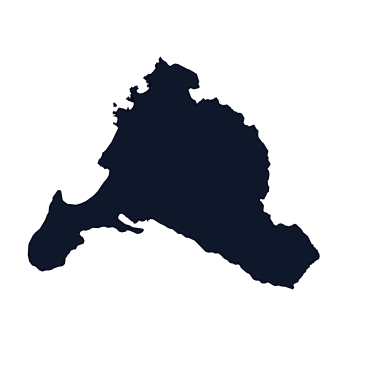 the district of Banyuwangi, Jawa Timur, Indonesia, rotated 107°
{"feature_id": "22746128B51270543903443", "entity_name": "Banyuwangi", "entity_type": "district", "adm_level": 2, "iso_a3": "IDN", "parent_name": "Indonesia", "parent_adm1": "Jawa Timur", "projection": "mercator", "projection_center": [114.187, -8.333], "detail": "fine", "context": "isolated", "style": "filled", "palette": "ink", "viewbox_px": 384, "rotation_deg": 107, "n_neighbors": 0, "source": "geoboundaries", "source_scale": "gbopen_adm2", "svg_char_len": 6053}
<svg xmlns="http://www.w3.org/2000/svg" viewBox="0 0 384 384"><g transform="rotate(107 192 192)"><path d="M254.9,67.5L253.6,67.1L252.0,68.3L251.8,68.0L251.9,68.7L251.5,68.9L249.5,68.0L246.5,64.7L244.5,64.8L240.9,62.9L239.3,62.7L239.1,62.2L236.8,62.0L235.7,60.9L234.3,60.4L232.5,60.6L231.4,59.7L230.3,59.9L230.3,59.1L229.1,58.2L228.8,58.7L226.7,58.5L225.8,56.9L223.8,56.1L223.8,55.4L222.0,54.8L218.6,51.7L216.3,51.8L214.4,52.8L212.9,54.5L211.3,55.5L211.2,56.6L209.8,58.4L209.8,59.3L209.1,60.3L207.6,61.0L207.6,62.5L200.9,68.7L198.6,74.4L197.0,75.8L194.9,79.1L194.3,81.2L193.3,82.3L193.1,84.4L195.6,86.7L197.4,89.6L197.2,91.5L197.5,92.0L198.1,91.9L197.2,93.8L196.6,97.4L197.6,99.3L200.0,100.8L200.6,101.9L199.9,103.1L200.0,104.8L198.4,105.9L195.2,109.7L192.7,110.8L192.3,110.4L191.6,110.7L191.7,112.5L190.9,113.7L190.6,115.9L190.9,116.7L189.9,118.8L184.2,120.0L181.8,122.9L180.7,125.5L178.2,125.3L177.5,123.6L177.9,122.7L177.1,121.3L176.3,121.5L173.5,120.7L170.9,120.6L168.9,119.3L166.5,120.0L165.5,119.9L163.4,122.0L159.6,123.5L158.7,123.6L157.4,123.0L151.9,124.0L149.5,125.5L148.7,127.0L147.9,127.4L143.5,125.8L142.2,126.0L139.9,128.8L139.1,129.3L137.1,129.4L135.4,131.3L130.9,131.6L124.8,138.5L124.7,139.5L120.7,144.9L117.5,146.4L114.4,147.0L112.9,149.9L110.3,152.3L113.6,156.7L112.7,158.3L113.1,160.4L112.4,162.3L110.6,163.9L108.5,163.8L106.2,164.2L103.1,167.6L103.0,169.5L104.0,170.3L103.6,170.7L104.0,171.1L103.4,172.0L103.0,173.9L103.1,175.8L101.8,177.3L101.5,179.3L100.5,179.8L98.8,184.2L99.8,184.9L99.9,186.6L101.3,187.9L100.4,189.0L100.9,190.3L100.2,190.8L99.9,192.4L96.7,194.2L95.3,196.3L96.1,196.6L96.0,197.3L97.4,196.7L97.7,197.5L97.4,198.3L98.4,198.5L99.1,199.6L98.3,200.0L99.5,201.5L99.2,203.6L100.0,205.2L100.9,205.2L101.1,205.7L100.9,206.7L99.8,208.1L101.9,209.5L102.7,209.5L103.6,210.8L106.2,212.2L107.1,213.5L104.1,215.8L103.7,218.5L102.4,220.9L95.6,226.1L94.1,225.5L92.2,223.8L92.6,220.5L90.7,217.2L89.5,216.1L86.9,218.4L84.7,218.0L78.4,222.3L76.4,230.1L76.4,232.5L74.5,242.6L74.8,245.4L76.1,247.1L78.6,249.2L78.5,250.5L77.9,252.5L76.1,254.6L75.0,258.7L72.9,261.5L74.0,261.8L74.8,261.4L75.0,261.8L77.9,260.1L79.3,263.2L80.1,263.0L81.3,263.8L83.0,263.2L83.6,262.2L84.9,262.4L90.5,264.7L92.5,266.5L92.4,267.9L93.6,268.2L93.9,268.8L94.7,268.4L95.2,269.5L96.9,268.7L97.9,269.1L98.0,267.6L100.0,267.3L100.5,266.0L99.7,264.7L100.4,264.3L100.3,263.5L101.6,263.6L102.4,265.1L103.4,265.5L104.1,264.9L103.2,263.6L103.6,263.1L105.3,262.6L106.7,262.9L110.8,265.5L110.9,266.4L111.6,266.6L112.6,267.9L113.8,270.7L113.7,272.5L112.8,274.7L110.5,275.5L108.7,274.2L108.3,275.1L107.1,275.7L108.0,277.1L110.1,278.5L110.0,280.1L110.5,280.0L111.5,281.1L112.2,281.0L112.6,280.2L113.9,280.0L114.9,278.0L116.1,278.1L116.6,278.7L117.9,278.3L118.7,277.2L119.2,277.9L119.8,277.7L120.1,276.3L119.8,276.0L120.3,275.5L121.3,275.9L121.1,276.7L121.9,277.5L121.8,278.3L121.2,278.7L122.3,279.0L122.0,278.4L122.6,278.2L122.2,277.3L122.9,276.6L122.8,274.8L122.3,273.8L125.1,272.5L128.2,272.7L131.3,274.0L132.4,275.6L133.3,279.2L132.8,282.3L133.3,282.9L133.2,285.3L133.9,285.5L133.6,286.2L138.3,287.5L138.2,290.1L138.8,290.4L139.6,290.2L139.8,289.7L139.0,287.7L140.7,287.0L141.5,287.7L141.2,286.4L141.8,286.0L142.0,284.1L143.1,284.3L143.8,283.6L147.8,283.6L149.7,285.0L150.2,283.6L149.9,282.3L150.9,282.1L150.6,281.6L151.1,280.9L152.9,280.6L167.8,282.9L177.2,286.0L180.3,287.8L180.6,288.4L183.5,288.1L186.4,288.6L188.5,289.9L191.9,290.0L192.9,287.2L193.5,286.9L193.1,285.9L193.9,283.9L193.6,283.2L194.8,282.2L193.4,279.6L194.4,278.0L194.2,277.3L195.9,276.4L200.1,275.8L203.9,276.5L209.6,278.9L219.1,281.8L224.5,284.5L232.2,290.2L235.6,294.1L238.2,297.9L239.2,300.2L239.2,301.9L239.8,302.8L239.6,304.1L240.5,306.7L240.2,308.8L238.6,313.0L237.2,314.3L229.8,318.0L229.6,319.4L230.5,320.5L238.1,323.0L238.6,322.6L241.7,322.4L244.6,323.5L247.8,323.7L253.3,322.5L256.5,323.3L261.7,323.6L271.7,326.1L276.8,329.3L280.1,330.8L288.7,332.3L290.6,332.2L300.1,329.9L305.7,326.7L308.2,323.2L308.3,319.9L310.8,314.7L311.1,312.1L308.9,308.8L308.2,306.3L306.3,303.3L305.5,303.0L302.2,298.7L300.0,294.5L297.7,293.2L297.3,293.7L295.4,293.5L293.5,294.2L291.9,294.2L289.9,293.4L288.0,293.2L286.0,291.9L283.1,291.5L280.7,288.5L280.3,287.0L277.4,286.6L275.9,285.8L272.6,281.3L270.1,281.3L267.8,283.5L267.6,284.8L266.1,287.4L265.3,287.9L262.5,287.9L259.7,285.3L259.5,282.9L257.6,279.8L254.7,277.2L253.2,271.2L251.0,268.2L250.0,266.0L250.1,262.0L248.0,257.5L248.7,252.8L250.4,250.2L250.4,247.4L248.9,244.5L247.5,243.9L246.8,242.8L246.4,240.3L247.4,232.2L246.1,229.7L244.1,228.0L242.7,227.6L242.2,228.3L243.8,238.6L242.9,242.0L243.0,246.3L240.8,252.9L239.9,254.7L238.9,255.6L237.2,256.1L234.1,255.4L232.6,253.6L232.6,251.8L233.5,249.0L234.7,247.2L234.7,245.1L235.9,244.1L236.0,242.5L236.9,241.7L237.0,240.8L236.2,240.4L238.4,238.0L237.6,236.6L236.9,236.6L235.6,235.4L234.6,235.7L233.8,234.9L234.3,232.5L233.9,232.1L234.1,230.9L232.8,229.1L231.2,228.5L230.7,227.5L231.4,226.7L230.7,226.9L230.3,225.9L231.5,224.8L230.0,225.6L229.6,225.2L228.8,221.6L229.0,220.0L230.7,214.1L231.6,207.7L232.7,204.7L232.8,201.8L232.4,201.1L232.8,199.0L235.4,192.9L234.4,190.2L236.6,184.7L236.1,181.4L237.0,175.1L244.5,161.2L244.4,158.5L243.0,155.1L243.3,151.9L243.0,151.0L242.5,151.4L242.1,150.3L243.0,146.2L245.7,141.4L246.2,138.0L248.1,134.7L247.6,131.9L248.1,131.0L247.8,130.8L248.0,129.8L248.4,129.8L248.0,129.8L248.1,128.9L247.1,127.3L247.0,125.7L247.8,124.3L249.7,122.5L252.4,116.4L253.1,112.6L256.9,107.9L257.3,105.3L256.5,102.0L257.2,100.0L257.9,99.4L258.1,97.8L257.4,95.7L255.8,93.7L255.5,92.3L256.9,86.5L256.7,84.5L255.4,82.2L255.4,78.3L254.6,75.5L254.9,67.5ZM132.6,291.3L131.7,290.2L130.9,291.2L131.9,290.9L131.2,292.0L132.6,291.3ZM122.1,280.9L121.1,280.5L120.9,280.8L122.0,281.5L122.1,280.9ZM96.9,271.2L97.1,270.1L96.1,270.8L96.9,271.2ZM121.9,279.6L121.2,279.6L120.5,280.4L121.1,280.4L121.9,279.6ZM149.5,286.6L149.1,285.4L149.1,286.8L149.5,286.6ZM131.7,277.7L131.7,277.0L130.9,277.6L131.7,277.7ZM131.6,290.1L131.8,289.3L131.1,290.2L131.6,290.1Z" fill="#0f172a" stroke="#020617" stroke-width="1.5"/></g></svg>